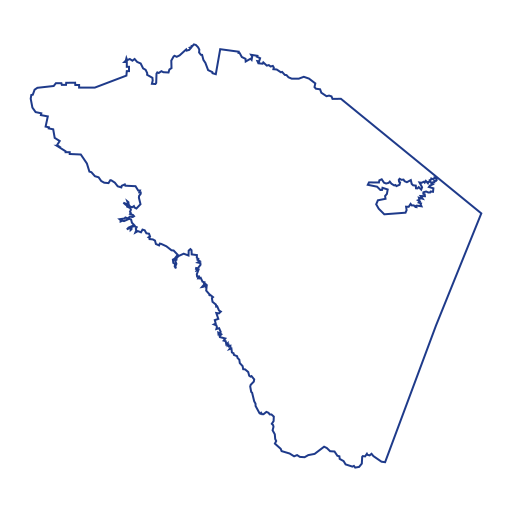 Mansfield, Victoria, Australia (Robinson projection)
{"feature_id": "25037944B49622483033966", "entity_name": "Mansfield", "entity_type": "district", "adm_level": 2, "iso_a3": "AUS", "parent_name": "Australia", "parent_adm1": "Victoria", "projection": "robinson", "projection_center": [146.151, -37.241], "detail": "fine", "context": "isolated", "style": "outline", "palette": "blue", "viewbox_px": 512, "rotation_deg": 0, "n_neighbors": 0, "source": "geoboundaries", "source_scale": "gbopen_adm2", "svg_char_len": 5957}
<svg xmlns="http://www.w3.org/2000/svg" viewBox="0 0 512 512"><path d="M385.1,462.2L436.0,325.5L481.3,213.4L340.9,98.8L332.5,98.9L331.5,96.4L329.1,95.6L326.5,96.2L321.3,92.7L320.1,89.3L315.9,88.7L314.5,87.1L315.3,83.4L309.0,78.6L303.8,76.8L298.7,78.7L291.8,78.7L288.5,77.3L286.5,75.1L284.8,74.9L282.1,71.9L280.9,72.3L276.7,69.5L273.4,69.2L273.8,67.5L272.8,65.9L270.6,66.5L268.8,65.1L266.8,65.6L263.3,62.4L262.6,63.7L258.4,63.3L257.4,61.1L259.1,61.4L260.1,58.2L256.9,56.7L257.3,55.8L251.1,54.8L252.2,56.6L251.6,59.8L250.6,58.7L245.7,61.5L245.5,58.8L241.8,57.0L239.7,53.1L238.5,52.9L238.7,51.7L220.2,49.2L215.8,74.2L212.5,73.2L212.3,72.1L208.1,70.1L205.4,62.9L203.4,59.9L202.1,54.9L200.9,54.8L199.1,52.5L199.3,49.6L198.1,47.3L195.9,45.0L193.9,44.4L192.2,46.3L191.6,46.1L191.4,47.2L190.0,47.6L190.7,48.2L189.2,49.9L186.7,50.6L186.2,49.4L179.6,55.4L176.7,56.8L174.5,55.8L173.6,56.5L171.3,60.6L171.5,68.1L169.4,69.5L168.5,72.5L163.3,72.2L161.4,71.2L158.7,73.0L157.3,72.4L156.5,73.7L156.2,82.9L155.4,84.0L151.9,83.8L152.7,80.5L152.4,77.8L147.1,74.8L147.2,73.1L145.6,69.8L143.1,68.4L140.7,63.5L137.1,61.9L134.6,59.0L132.4,60.7L129.8,59.0L127.1,60.2L126.4,58.2L125.8,60.6L124.4,62.0L126.8,62.0L126.8,66.8L129.0,66.8L129.0,71.1L126.8,71.1L126.4,75.6L94.8,87.6L79.1,87.6L79.1,85.0L75.3,85.0L75.1,82.7L66.2,82.8L66.0,84.9L61.8,84.9L61.4,83.2L55.9,83.2L53.7,86.0L37.4,87.8L34.6,89.7L32.8,94.7L31.3,95.0L30.7,98.7L32.4,107.6L35.6,112.1L41.3,113.3L40.9,115.1L47.8,116.4L45.6,126.6L48.9,127.3L48.7,128.4L53.2,129.3L54.7,137.9L59.7,141.0L57.0,145.2L58.0,145.8L56.9,145.8L65.6,151.3L65.6,152.2L69.7,152.2L69.7,154.0L80.8,154.5L86.9,163.5L89.4,171.6L91.4,172.2L94.9,176.2L98.6,177.3L101.2,181.0L104.2,182.7L108.5,183.1L110.3,180.2L111.2,180.3L114.8,182.6L117.7,186.3L121.3,187.4L121.7,185.8L124.8,184.4L125.3,185.7L135.5,186.2L138.2,190.5L140.0,190.5L139.3,192.4L140.7,192.5L140.7,193.8L139.1,195.9L138.9,197.7L140.5,204.2L136.4,208.5L134.6,207.6L133.9,206.1L132.3,207.2L130.2,206.7L128.6,204.5L128.4,202.2L127.3,201.3L127.9,203.0L127.0,204.2L123.4,202.7L125.9,204.9L127.5,205.2L127.1,206.6L130.3,208.1L130.9,209.8L130.0,211.8L130.8,213.0L130.1,214.0L133.0,215.0L134.0,216.2L132.7,217.0L129.9,216.6L127.9,218.4L125.4,217.5L124.5,218.5L119.6,219.2L120.6,220.0L120.6,221.5L122.4,220.7L124.0,221.1L129.2,218.8L131.1,219.5L131.9,222.7L134.2,225.1L128.6,227.6L126.9,229.4L130.6,227.5L130.6,230.0L131.5,229.2L131.5,226.9L134.2,226.2L136.7,227.2L135.8,228.9L136.3,230.2L135.4,232.5L137.9,231.1L141.0,232.3L142.5,229.6L144.7,230.3L146.4,233.3L149.0,233.7L150.0,236.4L148.6,237.3L149.6,237.9L149.6,239.1L152.8,239.4L155.0,240.6L155.9,244.0L159.1,245.4L159.8,243.6L161.2,243.9L166.4,246.3L171.5,250.3L173.6,250.5L177.7,254.8L174.6,258.7L172.9,259.6L173.3,262.9L175.1,263.9L174.7,266.5L175.9,268.4L175.4,266.2L176.4,263.8L175.1,260.5L176.5,259.8L176.6,258.0L178.6,256.0L183.7,253.7L188.5,255.5L188.7,250.6L190.4,249.1L191.5,250.2L191.7,254.4L196.9,255.1L196.8,257.7L198.3,258.9L197.5,259.8L199.8,261.2L197.7,262.5L200.4,263.1L200.5,264.8L197.8,268.3L196.2,268.0L196.0,268.9L197.3,269.3L196.7,270.5L198.4,270.0L196.8,274.2L197.1,276.5L198.5,276.4L198.2,277.8L199.2,277.2L199.4,278.4L200.7,277.8L202.5,281.7L204.5,282.3L204.1,283.4L204.9,283.7L202.0,287.0L203.2,286.8L205.1,284.8L205.3,285.7L205.9,284.5L206.7,285.1L205.7,286.2L206.6,286.5L206.2,290.6L209.6,294.5L209.2,295.8L210.1,294.8L213.0,297.1L211.9,298.1L212.5,301.8L215.9,304.6L216.2,306.6L217.2,306.3L219.0,310.5L220.8,311.6L218.9,313.4L216.3,313.0L218.3,318.9L214.8,320.1L215.7,323.6L214.0,324.4L216.4,325.4L216.9,327.1L216.4,329.0L219.1,328.2L220.7,331.9L219.5,333.2L218.3,332.6L218.5,334.4L220.5,333.6L221.4,334.3L219.6,336.0L219.9,337.1L225.3,338.5L223.7,340.6L225.7,341.2L226.3,344.4L227.7,343.2L227.6,345.5L228.6,344.9L228.9,346.4L230.4,345.8L230.4,347.9L229.5,349.1L231.4,348.5L231.9,352.4L233.6,353.3L233.9,354.9L237.1,356.2L237.5,357.9L239.3,359.7L239.8,363.1L242.6,366.1L243.2,369.2L245.1,369.4L248.2,372.0L249.2,375.7L250.5,376.6L251.5,376.1L254.2,379.4L253.8,381.6L250.7,384.8L250.2,386.5L251.2,391.9L252.1,392.7L254.2,401.3L255.5,403.7L255.6,406.0L259.5,413.2L260.3,413.7L261.1,412.8L262.0,414.2L263.5,414.2L266.4,411.9L268.5,412.8L269.7,414.4L271.5,414.5L273.8,416.6L273.6,421.1L271.8,423.8L273.1,425.1L273.5,426.8L272.6,430.3L274.8,434.3L275.2,439.0L276.2,441.0L274.9,443.6L280.7,448.8L281.6,451.1L289.6,453.5L294.1,456.3L297.1,455.1L299.9,456.9L304.6,457.2L308.3,455.1L314.6,453.9L324.1,446.7L326.8,448.0L330.1,451.2L334.5,451.5L337.4,455.8L339.4,456.3L339.7,458.9L343.6,461.1L345.6,464.4L352.4,466.6L353.9,465.9L355.2,467.6L359.1,466.9L361.8,463.6L362.2,456.8L362.8,456.1L365.1,456.4L366.9,453.8L367.4,454.8L369.6,455.4L371.5,453.8L373.4,456.1L381.5,461.7L385.1,462.2ZM379.4,180.3L381.7,179.3L384.0,182.7L386.1,183.5L388.6,182.9L389.8,181.6L391.4,183.7L394.2,185.4L395.5,185.0L396.4,186.1L399.5,184.8L400.1,182.4L399.1,181.8L398.8,179.9L399.6,178.8L401.4,179.8L403.5,179.6L404.6,181.2L406.9,182.2L410.8,180.1L411.7,183.9L413.1,185.3L415.8,185.6L416.0,188.3L417.5,188.4L418.7,187.1L421.2,189.6L422.1,187.3L419.5,182.5L421.5,182.8L423.9,181.7L424.7,182.6L425.8,180.9L427.9,183.2L428.4,181.9L430.2,181.9L429.7,180.2L431.0,179.6L431.3,178.5L433.1,179.2L434.3,178.5L434.4,177.7L436.0,178.4L436.7,180.0L436.0,180.9L434.3,181.0L434.3,182.4L431.8,182.4L431.4,183.3L432.8,184.3L429.9,185.6L428.9,187.0L433.4,188.3L433.0,191.8L430.7,191.5L430.3,192.4L428.3,192.5L426.1,191.5L423.4,192.3L423.3,193.8L424.7,194.3L424.9,196.2L420.7,196.0L422.6,198.7L418.9,197.7L419.5,199.7L418.0,200.3L419.8,201.6L418.8,202.6L421.0,203.4L420.6,204.3L421.5,206.3L416.7,205.6L415.9,205.9L416.3,207.1L415.5,207.0L413.8,205.4L411.7,205.4L410.6,203.9L408.7,206.8L406.1,206.7L406.6,210.1L405.5,212.7L384.3,214.3L378.7,208.7L376.2,204.3L377.9,200.3L385.5,198.8L385.1,196.0L386.9,193.9L387.7,189.5L382.5,187.8L382.1,189.9L380.4,190.0L377.1,186.7L367.8,184.8L369.0,182.4L378.9,182.5L379.4,180.3Z" fill="none" stroke="#1e3a8a" stroke-width="2"/></svg>